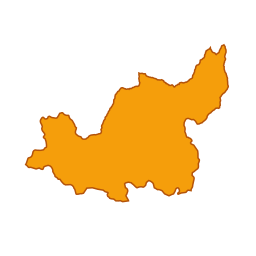 outline of Lunana, Gasa, Bhutan, rotated 174°
{"feature_id": "84629894B27866882347456", "entity_name": "Lunana", "entity_type": "district", "adm_level": 2, "iso_a3": "BTN", "parent_name": "Bhutan", "parent_adm1": "Gasa", "projection": "orthographic", "projection_center": [90.007, 27.974], "detail": "fine", "context": "isolated", "style": "filled", "palette": "amber", "viewbox_px": 256, "rotation_deg": 174, "n_neighbors": 0, "source": "geoboundaries", "source_scale": "gbopen_adm2", "svg_char_len": 5802}
<svg xmlns="http://www.w3.org/2000/svg" viewBox="0 0 256 256"><g transform="rotate(174 128 128)"><path d="M23.9,200.7L24.6,200.3L25.9,200.1L26.3,199.7L27.4,197.4L27.8,197.2L27.9,196.8L28.8,195.6L29.6,193.6L31.9,192.4L32.6,191.8L32.9,192.0L33.8,193.5L35.7,194.3L36.6,195.4L36.9,196.7L37.6,197.7L37.7,199.3L39.0,197.9L39.9,197.8L41.0,197.0L42.0,196.8L42.3,196.3L42.3,195.9L42.9,195.3L43.2,194.0L44.2,192.5L44.4,190.9L45.1,190.0L45.3,189.7L46.0,189.5L47.4,188.4L48.9,188.0L49.2,187.4L49.4,186.0L50.3,184.4L51.2,183.6L53.1,183.2L54.0,182.2L54.8,179.7L55.6,178.7L56.0,176.7L56.7,175.7L56.9,175.0L58.1,173.6L58.4,172.7L58.6,171.3L59.3,170.7L60.7,170.2L61.8,169.7L62.2,169.4L62.3,168.9L64.3,167.9L64.9,167.4L65.6,167.6L67.9,167.0L68.4,167.2L69.2,167.3L69.8,167.7L71.5,167.6L72.2,167.2L72.4,166.3L72.6,166.0L73.4,166.3L73.6,166.3L74.7,165.5L75.8,165.3L77.2,164.1L77.5,164.0L77.8,164.0L79.3,166.1L79.8,166.3L81.0,165.8L82.3,166.2L82.6,166.1L82.8,166.6L84.4,167.8L85.6,168.3L85.6,168.6L85.5,168.8L87.5,170.3L87.7,171.4L88.3,171.6L89.4,172.5L91.1,172.3L91.9,172.6L93.4,172.8L93.9,173.0L94.6,173.8L95.9,174.4L96.9,174.7L98.3,175.6L99.7,175.7L100.5,176.2L101.1,176.2L103.5,177.4L104.3,177.9L104.8,178.9L105.1,180.0L105.3,180.2L106.7,180.2L108.2,180.9L110.2,180.9L111.4,181.5L111.4,180.8L111.6,179.7L111.4,178.0L111.9,176.7L112.1,175.7L111.9,175.0L111.9,173.0L111.5,171.8L112.4,169.4L112.8,168.9L114.0,168.3L114.6,168.6L116.6,168.5L118.0,167.8L119.0,167.8L120.5,166.9L122.1,167.1L122.9,166.4L123.3,166.8L124.0,166.9L125.2,166.7L125.8,166.7L126.5,167.3L126.9,167.2L127.3,167.6L128.0,167.8L129.0,168.6L130.6,168.6L132.4,166.9L132.8,166.0L134.4,165.3L135.4,163.9L136.0,163.6L136.2,163.0L137.3,162.1L137.4,161.1L137.7,160.6L137.7,160.0L138.1,158.6L139.1,157.6L139.7,154.4L140.2,153.4L141.0,152.5L141.1,152.1L141.5,151.5L142.3,150.8L142.4,150.2L142.7,149.9L143.4,149.7L144.1,148.8L144.4,147.7L145.8,146.2L146.3,144.9L147.4,143.7L147.9,142.4L149.6,141.0L149.8,139.4L151.2,138.0L152.8,134.6L153.8,133.4L154.1,132.3L153.9,131.3L154.3,130.2L155.0,129.4L155.0,128.7L154.7,128.0L154.9,126.8L155.3,126.0L156.3,125.3L157.6,125.3L158.5,125.0L161.2,124.6L162.0,124.9L165.5,124.8L166.5,124.5L167.9,123.8L168.6,122.8L170.4,122.0L171.0,121.4L173.1,121.5L174.2,121.8L174.9,122.4L175.8,124.2L178.1,125.1L180.2,127.2L180.7,128.2L180.8,128.9L180.6,130.1L180.0,131.7L179.7,132.1L179.3,133.6L179.9,134.2L180.5,135.2L180.8,136.9L182.7,141.3L184.5,143.0L184.9,143.7L185.3,144.8L185.6,146.5L185.9,146.8L188.2,147.1L188.7,147.3L190.2,148.3L191.1,149.6L191.6,150.0L192.2,150.1L194.4,149.7L195.8,147.6L197.4,145.6L198.6,145.3L202.8,146.4L204.6,147.7L205.1,147.9L206.1,147.6L206.9,146.2L207.2,145.9L208.2,145.6L209.2,145.6L209.7,145.8L210.1,146.1L210.6,147.0L211.0,147.4L211.9,147.5L212.8,146.9L214.0,145.3L214.4,144.4L214.5,143.3L214.3,142.3L213.5,140.3L213.1,138.6L213.2,137.9L213.8,136.6L213.7,135.1L213.3,134.0L211.9,131.7L211.4,130.6L211.5,130.0L211.7,129.6L213.0,128.0L213.0,127.3L212.7,126.9L211.8,126.2L211.5,125.7L210.9,122.9L210.8,119.9L211.0,118.0L211.2,117.4L212.8,116.8L213.8,115.6L214.2,115.2L214.7,115.1L217.0,114.9L218.2,115.0L220.9,115.4L222.4,115.8L222.9,115.8L224.0,115.3L224.9,114.3L225.9,111.4L226.6,110.2L227.3,109.5L228.3,109.0L229.9,108.7L230.6,108.3L232.7,103.7L233.6,102.3L232.5,101.3L231.1,99.3L230.4,99.1L228.8,99.1L223.7,96.9L220.5,97.5L218.9,96.3L217.6,95.8L216.8,96.0L215.8,98.0L214.6,98.6L211.4,99.2L209.8,98.6L208.7,97.7L207.5,95.5L207.2,93.7L207.3,92.4L205.7,88.8L205.6,87.4L203.6,85.8L202.8,84.4L200.9,84.0L199.8,81.8L197.8,79.1L196.1,78.0L191.0,77.7L189.5,76.8L188.4,75.3L187.9,73.5L187.3,72.6L186.6,68.1L186.3,67.6L184.7,67.4L181.9,67.7L181.0,67.5L179.1,67.8L175.2,72.5L169.7,72.3L164.5,70.3L159.2,68.8L157.5,67.1L154.9,66.0L154.6,65.5L154.8,65.0L155.5,64.3L155.5,63.1L155.3,62.2L154.0,61.0L153.5,60.0L152.2,59.4L149.6,58.8L147.7,56.8L145.0,56.5L143.1,56.5L141.0,55.3L135.1,55.5L135.1,55.9L137.1,60.6L137.0,61.3L136.3,62.1L135.1,64.6L134.8,65.5L135.0,67.1L135.7,68.2L136.8,68.9L137.2,72.8L136.3,73.6L133.3,74.1L130.3,73.1L130.0,72.5L128.6,71.2L127.0,69.2L126.1,68.2L125.3,67.6L122.8,68.2L121.0,68.2L119.1,67.6L118.3,67.8L116.5,69.1L115.4,71.9L112.9,73.6L111.1,72.7L109.6,71.4L108.7,70.2L108.1,65.8L106.7,64.9L105.1,63.6L104.2,63.6L102.8,63.2L100.7,62.1L98.5,58.7L94.3,56.3L91.1,57.4L89.6,57.7L87.8,60.2L86.8,62.4L85.6,63.2L85.1,63.3L84.6,63.3L83.8,62.5L83.3,60.6L83.6,59.3L84.2,58.7L85.1,58.2L85.4,57.4L85.3,57.1L85.0,56.9L81.8,57.8L77.7,57.9L76.9,58.1L76.1,59.0L74.8,59.9L71.8,59.1L71.7,60.1L71.4,60.7L70.0,62.7L69.5,64.8L67.6,70.5L67.5,71.5L67.9,72.6L69.2,74.2L68.8,76.5L68.5,76.9L66.6,77.9L65.4,78.8L62.9,80.3L62.2,81.3L62.0,82.0L61.8,84.1L61.9,84.9L60.8,87.2L60.4,88.3L60.4,89.1L61.3,90.4L61.5,91.3L61.1,95.1L61.1,98.0L64.4,104.1L66.9,105.6L67.4,106.6L67.1,107.2L65.8,108.4L65.8,109.2L66.7,110.7L67.7,111.5L68.4,111.7L69.1,112.4L70.4,112.7L70.8,113.7L71.3,116.6L71.9,118.5L71.3,121.1L71.4,122.8L72.1,124.7L71.5,127.7L69.7,130.5L68.8,131.1L67.3,131.3L66.4,131.0L63.6,129.5L62.3,129.7L61.6,129.3L60.1,127.7L59.6,126.5L58.7,124.7L56.8,124.6L56.1,125.0L55.3,125.1L54.5,125.5L53.9,125.4L53.4,125.9L49.9,128.2L48.4,130.0L48.1,131.3L47.5,132.2L46.1,133.6L43.8,134.7L43.6,135.1L41.5,136.6L40.5,136.9L38.7,138.4L37.1,138.5L35.8,138.1L34.8,138.6L34.5,140.3L33.9,140.9L33.8,143.8L33.6,144.6L33.1,145.3L33.1,146.3L33.3,148.8L32.3,149.6L31.4,150.9L29.5,152.6L28.9,152.7L27.5,153.8L26.7,154.9L25.3,156.2L24.8,157.3L24.3,157.9L23.9,159.1L24.3,160.8L24.1,163.3L24.1,166.3L23.9,166.7L23.9,167.5L24.4,169.0L24.4,169.8L24.6,170.4L24.8,172.0L25.7,173.6L26.2,176.5L26.1,178.1L25.9,178.9L26.3,179.5L26.4,180.2L25.8,181.7L25.8,182.3L25.2,183.2L25.0,184.3L23.9,185.9L23.8,187.1L24.3,187.9L24.3,189.2L23.5,191.3L22.6,193.1L22.4,195.4L23.0,197.6L22.9,198.7L23.9,200.7Z" fill="#f59e0b" stroke="#b45309" stroke-width="1.5"/></g></svg>